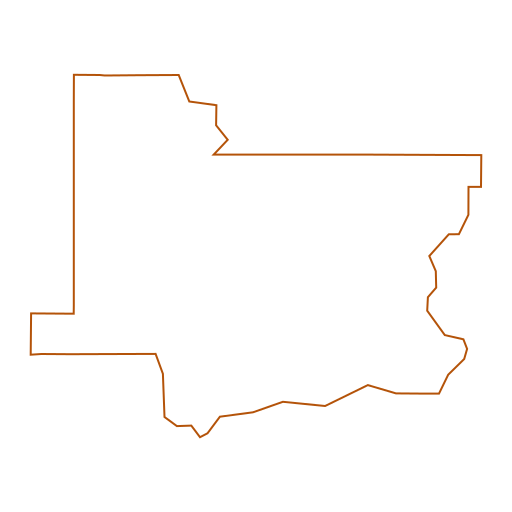 Wagoner, Oklahoma, United States of America (Natural Earth projection)
{"feature_id": "52423323B74853588584421", "entity_name": "Wagoner", "entity_type": "district", "adm_level": 2, "iso_a3": "USA", "parent_name": "United States of America", "parent_adm1": "Oklahoma", "projection": "natural_earth1", "projection_center": [-95.526, 35.964], "detail": "fine", "context": "isolated", "style": "outline", "palette": "amber", "viewbox_px": 512, "rotation_deg": 0, "n_neighbors": 0, "source": "geoboundaries", "source_scale": "gbopen_adm2", "svg_char_len": 824}
<svg xmlns="http://www.w3.org/2000/svg" viewBox="0 0 512 512"><path d="M70.3,354.2L155.6,353.9L162.9,373.8L164.5,417.0L176.9,426.1L191.3,425.6L200.0,437.2L207.5,433.3L219.9,416.7L225.1,416.0L253.0,412.3L282.9,401.8L325.1,406.0L367.8,385.1L396.0,393.4L423.1,393.6L439.0,393.6L448.2,374.7L464.2,359.0L467.1,348.9L463.4,339.3L444.8,335.1L427.2,310.7L427.9,297.2L436.2,287.6L435.8,271.2L429.3,256.0L448.8,234.3L458.9,234.2L468.4,214.8L468.5,186.9L481.0,186.9L481.3,155.1L366.1,154.6L310.5,154.6L213.7,154.6L227.7,139.8L216.1,125.3L216.4,105.2L189.3,101.5L178.7,75.0L139.3,75.2L104.8,75.5L99.8,75.0L73.9,74.8L73.8,101.5L73.8,114.7L73.8,128.0L73.8,140.9L73.8,180.9L73.8,194.1L73.8,207.3L73.8,229.2L73.8,233.8L73.8,306.0L73.7,313.7L31.1,313.4L30.7,354.7L41.3,354.0L70.3,354.2Z" fill="none" stroke="#b45309" stroke-width="2"/></svg>